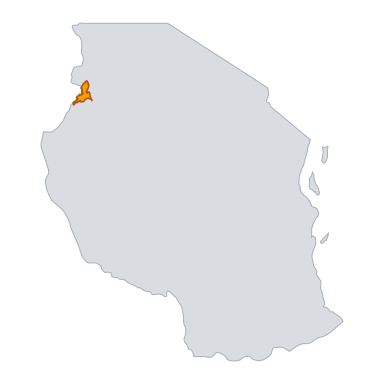 Kakonko, Kigoma, United Republic of Tanzania shown in context
{"feature_id": "72390352B1364689767312", "entity_name": "Kakonko", "entity_type": "district", "adm_level": 2, "iso_a3": "TZA", "parent_name": "United Republic of Tanzania", "parent_adm1": "Kigoma", "projection": "natural_earth1", "projection_center": [30.86, -3.21], "detail": "fine", "context": "in_parent", "style": "filled", "palette": "amber", "viewbox_px": 384, "rotation_deg": 0, "n_neighbors": 0, "source": "geoboundaries", "source_scale": "gbopen_adm2", "svg_char_len": 6903}
<svg xmlns="http://www.w3.org/2000/svg" viewBox="0 0 384 384"><path d="M138.7,288.1L134.3,285.4L130.2,283.8L126.9,282.0L125.5,280.2L122.4,279.5L119.7,279.2L117.3,277.6L112.2,277.0L111.6,275.9L111.5,273.5L110.7,272.8L108.8,272.2L106.8,272.2L105.6,272.6L104.9,272.4L103.2,271.0L101.7,269.1L101.1,266.2L98.8,264.4L96.1,262.9L88.7,263.0L87.5,262.6L85.8,261.1L83.7,258.7L82.0,255.9L80.6,252.1L79.0,247.0L70.5,226.8L69.6,222.9L68.0,218.7L65.2,213.4L62.3,209.6L58.4,206.0L54.0,202.5L51.6,200.2L47.0,190.6L46.0,186.1L45.3,181.5L45.6,179.6L48.5,173.7L48.8,172.0L48.4,169.7L47.0,165.0L45.2,159.2L41.6,148.7L41.0,146.0L41.1,144.0L43.2,133.3L43.2,131.9L51.7,132.1L58.0,127.4L63.4,120.4L64.5,117.5L66.7,113.0L68.9,110.8L69.7,109.2L71.0,104.7L73.8,101.7L76.6,99.4L76.0,97.7L76.5,97.1L78.0,95.9L80.9,94.8L81.5,92.5L81.5,89.9L81.0,88.4L81.1,86.7L80.6,85.7L78.7,85.5L75.9,84.2L73.4,83.6L71.8,82.8L71.2,82.2L71.0,80.7L72.3,76.6L71.0,74.9L73.9,68.1L74.5,67.3L75.6,67.2L77.3,66.5L78.9,66.1L80.2,66.4L81.1,66.1L82.0,65.4L82.7,63.1L83.3,59.2L82.9,56.1L81.7,53.7L81.4,50.0L81.9,45.0L81.5,40.9L80.2,37.6L78.8,35.7L76.6,34.8L73.2,29.8L72.2,27.3L72.4,25.8L73.6,25.2L75.7,25.4L77.7,24.8L79.6,23.4L81.4,23.0L82.4,23.3L167.7,23.3L267.4,87.6L267.9,88.4L268.6,94.0L268.5,95.8L266.9,99.0L266.5,100.7L266.5,101.9L266.8,102.3L268.1,102.5L269.2,103.2L269.7,103.8L270.5,106.2L271.6,107.4L309.4,139.0L310.3,139.5L309.7,142.2L307.5,148.6L307.4,151.3L306.6,154.4L305.8,156.5L303.5,165.5L301.7,168.9L299.2,176.9L298.8,182.9L300.1,187.2L300.6,191.2L303.5,195.1L305.8,196.5L307.4,198.2L310.2,202.3L311.8,206.4L316.8,208.4L318.8,213.0L318.0,216.1L315.7,218.8L313.5,223.0L311.7,228.6L311.6,237.1L312.8,235.8L315.5,237.9L315.8,244.1L313.0,251.4L312.1,254.8L312.0,257.7L313.9,266.5L316.9,270.9L316.7,272.3L315.9,273.5L321.0,281.4L320.5,288.2L322.4,293.5L323.2,298.1L324.5,301.7L324.7,304.1L323.1,306.8L326.8,307.5L329.0,309.7L330.0,311.9L332.8,311.8L334.2,313.2L336.3,314.4L341.0,318.0L342.2,319.8L343.0,321.5L330.0,332.7L325.4,335.6L322.0,336.9L318.5,337.7L315.1,339.5L311.9,342.2L307.8,343.6L302.8,343.6L297.6,345.6L289.4,351.4L284.6,348.2L280.9,347.2L276.5,347.3L273.9,347.7L273.0,348.4L272.1,350.3L271.4,353.6L268.6,356.7L263.6,359.7L259.0,360.8L254.8,360.0L252.0,358.8L250.6,357.0L248.4,356.3L245.5,356.4L242.8,357.6L240.1,360.0L235.9,361.0L230.1,360.6L227.1,359.5L226.6,357.6L224.1,355.3L219.5,352.7L216.1,352.7L213.9,355.2L211.9,356.7L210.1,357.4L208.5,357.4L206.2,356.8L199.8,356.5L193.7,356.6L193.1,353.0L191.9,350.8L190.8,349.5L188.7,349.1L188.2,348.1L187.5,345.9L186.5,344.0L185.1,342.4L184.3,340.9L184.0,339.5L184.2,338.1L185.5,334.4L185.9,331.8L185.8,329.2L185.1,326.6L183.7,323.4L183.8,322.5L183.4,320.3L183.3,318.8L183.6,316.9L183.3,314.4L182.1,309.1L182.1,307.8L180.8,305.2L176.8,299.1L176.6,298.4L170.4,292.2L167.8,290.9L166.9,292.0L166.6,293.1L166.8,295.1L166.7,296.0L166.4,296.5L164.9,296.4L164.0,296.2L161.6,294.5L159.8,294.1L155.1,294.4L153.5,294.8L152.2,294.5L149.8,291.7L146.9,291.1L144.4,290.9L140.1,287.7L138.7,288.1ZM317.6,186.2L319.6,192.9L319.3,194.2L317.9,195.0L317.1,195.0L316.2,193.9L315.6,191.7L314.4,192.2L312.5,189.5L310.7,189.4L309.0,186.2L309.7,183.3L309.3,178.5L311.4,176.1L312.5,172.0L313.8,174.8L314.1,179.2L315.8,184.4L317.6,186.2ZM327.7,146.2L327.9,147.8L327.5,149.3L327.5,154.1L327.4,157.3L325.8,161.6L324.5,163.2L323.4,162.7L322.5,162.0L321.7,160.8L323.2,152.8L322.5,146.9L325.4,147.5L327.7,146.2ZM323.1,243.0L321.6,243.5L321.1,243.1L320.2,241.7L321.7,240.6L323.3,238.4L326.8,235.3L328.5,232.7L328.2,235.2L326.2,240.6L324.5,241.0L323.1,243.0Z" fill="#d9dde1" stroke="#a8b0b8" stroke-width="1"/><path d="M90.8,97.6L90.7,97.4L90.4,97.0L90.3,96.9L90.3,96.5L90.2,96.5L90.2,96.3L90.2,96.2L89.9,95.4L89.8,94.9L89.8,94.1L89.9,93.5L89.9,93.4L89.6,92.9L89.5,92.7L89.4,92.7L89.3,92.4L89.0,92.1L88.8,91.9L88.7,91.9L88.4,91.9L87.9,92.0L87.7,92.0L87.4,92.4L87.4,92.5L87.5,92.6L87.4,92.8L87.1,92.9L86.9,92.8L86.8,92.7L87.0,92.5L87.0,92.4L86.7,92.4L86.6,92.2L86.5,92.3L86.3,92.2L86.3,91.8L86.5,91.7L86.6,91.4L86.8,91.3L86.9,91.1L86.9,90.9L87.0,90.3L87.1,90.1L87.3,89.9L87.4,89.7L87.5,89.4L87.6,89.2L87.8,88.9L87.7,88.7L87.9,88.6L88.0,88.6L88.0,88.4L88.0,88.2L88.2,87.9L88.3,87.8L88.3,87.7L88.4,87.3L88.5,87.2L88.5,86.9L88.5,86.7L88.4,86.4L88.5,86.4L88.5,86.2L88.7,85.9L88.7,85.7L88.8,85.3L88.8,85.2L88.6,84.8L88.6,84.5L88.5,84.4L88.4,84.1L88.4,83.8L88.2,83.9L88.0,83.7L87.9,83.3L87.9,83.2L88.0,82.9L87.8,82.7L87.7,82.5L87.7,82.4L87.4,82.1L87.4,81.7L87.2,81.4L87.1,81.1L86.9,80.9L86.5,80.9L86.4,80.9L86.2,81.0L86.1,81.3L85.9,81.4L85.8,81.5L85.7,81.6L85.3,81.9L85.0,82.3L85.0,82.2L84.9,82.3L84.7,82.5L84.4,82.7L84.3,82.8L84.2,83.0L83.7,83.7L83.5,83.8L83.3,83.9L83.3,84.0L83.2,84.2L83.1,84.3L83.0,84.5L82.9,84.6L82.8,84.8L82.7,85.0L82.6,85.4L82.4,85.6L82.2,85.9L82.2,86.1L82.0,86.4L81.9,86.4L81.9,86.5L81.7,86.8L81.6,87.0L81.5,87.4L81.3,87.7L81.2,87.7L81.1,87.8L81.2,88.3L81.4,88.4L81.6,88.7L82.0,88.8L82.1,89.2L82.1,89.3L82.1,89.7L82.0,90.0L82.0,90.3L81.7,90.7L81.7,90.8L81.8,90.9L82.1,90.7L82.1,90.8L82.4,91.2L82.3,91.8L82.2,92.0L82.3,92.4L82.4,92.6L81.9,92.8L81.7,92.9L81.6,93.0L81.6,93.4L81.7,93.6L81.8,93.8L82.1,94.1L82.3,94.1L81.8,94.5L81.6,94.5L81.4,94.6L81.2,94.7L81.1,94.9L80.9,94.9L80.7,95.0L80.2,95.2L80.0,95.3L79.8,95.2L79.7,95.1L79.7,94.5L79.6,94.4L79.5,94.5L79.4,94.7L79.2,94.8L79.2,95.2L79.1,95.4L79.0,95.6L78.8,95.7L78.6,95.9L77.9,96.1L77.5,96.2L77.4,96.5L76.9,97.1L76.7,97.4L77.0,97.7L76.9,97.9L77.0,98.1L77.0,98.3L77.2,98.2L77.6,98.4L77.6,98.5L77.8,98.7L77.8,98.8L77.7,99.0L77.6,99.4L77.4,99.7L77.1,100.0L76.8,100.2L76.7,100.4L76.5,100.6L76.2,100.8L75.9,100.9L75.6,101.0L75.3,101.4L75.1,101.4L75.0,101.5L74.9,101.5L74.7,101.6L74.3,101.8L74.1,101.9L73.8,102.1L73.7,102.2L73.7,102.3L73.6,102.5L73.4,102.7L73.3,102.8L73.2,102.9L73.1,103.1L73.1,103.4L73.1,103.6L73.3,103.9L73.4,104.2L73.6,104.7L73.7,104.8L73.8,104.7L73.7,104.6L73.8,104.6L73.8,104.4L73.9,104.2L74.0,103.9L74.1,103.7L74.3,103.7L74.2,103.4L74.3,103.3L74.3,103.2L74.5,103.3L74.6,103.2L74.7,103.3L74.7,103.2L74.8,103.3L74.7,103.2L74.8,103.1L75.0,103.1L75.1,102.9L75.3,102.9L75.4,102.7L75.5,102.7L75.8,102.5L75.9,102.4L76.0,102.3L76.3,102.3L76.4,102.2L76.5,102.3L76.5,102.2L76.9,102.2L77.0,102.2L77.5,102.3L77.7,102.1L78.3,101.9L78.5,101.8L78.7,101.6L78.9,101.5L79.1,101.4L79.2,101.1L79.6,101.0L80.0,100.6L80.3,100.5L80.4,100.9L80.5,100.9L80.5,101.1L80.7,101.4L80.6,101.6L80.9,101.7L80.9,101.8L81.0,101.9L81.1,102.0L81.3,102.0L81.5,102.0L82.4,101.8L82.9,101.6L83.5,101.6L83.8,101.5L83.9,101.4L83.9,101.2L84.2,101.0L84.3,100.8L85.0,99.7L85.9,99.4L86.0,99.3L86.2,99.1L86.3,98.8L86.6,98.5L87.3,98.3L87.7,98.2L87.9,98.0L88.0,98.0L88.6,98.4L89.1,98.8L89.3,98.9L89.7,98.9L89.8,98.9L90.2,98.9L90.5,99.0L90.8,99.2L91.2,99.4L91.5,99.7L91.9,100.4L92.0,100.2L91.9,99.8L91.9,99.7L91.6,99.3L91.4,99.3L91.2,99.1L91.1,98.9L91.1,98.7L90.9,98.5L90.9,98.4L90.7,98.1L90.8,98.0L90.7,97.9L90.7,97.7L90.8,97.6Z" fill="#f59e0b" stroke="#b45309" stroke-width="1.5"/></svg>